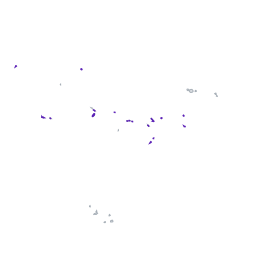 French Polynesia, with Tuamotu-Gambier highlighted, rotated 166°
{"feature_id": "PYF-4965", "entity_name": "Tuamotu-Gambier", "entity_type": "state/province", "adm_level": 1, "iso_a3": "PYF", "parent_name": "French Polynesia", "parent_adm1": "", "projection": "albers", "projection_center": [-142.294, -18.652], "detail": "medium", "context": "in_parent", "style": "filled", "palette": "violet", "viewbox_px": 256, "rotation_deg": 166, "n_neighbors": 0, "source": "natural_earth", "source_scale": "10m", "svg_char_len": 4107}
<svg xmlns="http://www.w3.org/2000/svg" viewBox="0 0 256 256"><g transform="rotate(166 128 128)"><path d="M59.6,149.4L61.2,149.9L61.6,150.8L61.2,151.4L60.4,151.3L60.0,151.0L59.3,149.9L57.7,150.2L56.6,150.0L55.9,148.6L55.9,148.0L56.1,147.6L57.3,147.1L58.8,147.4L59.4,148.2L59.6,149.4ZM179.8,51.8L181.6,52.4L182.1,52.4L181.6,53.0L179.8,53.3L179.2,53.5L178.4,53.3L178.1,52.6L179.8,51.8ZM167.3,42.2L166.1,42.4L165.5,42.4L165.1,41.4L165.3,40.8L165.5,40.6L167.5,40.9L167.6,41.3L167.6,41.7L167.3,42.2ZM35.0,140.6L34.6,140.7L34.2,140.5L34.2,139.3L34.3,139.0L35.0,139.4L35.6,140.4L35.0,140.6ZM53.8,147.9L53.5,148.2L53.0,148.0L52.8,147.7L52.7,147.4L52.8,147.0L53.8,147.0L54.1,147.1L53.8,147.9ZM173.5,42.6L172.7,42.7L172.6,42.1L172.9,41.8L173.2,41.7L173.8,41.9L174.1,42.1L174.1,42.3L173.5,42.6ZM167.2,48.3L166.9,48.6L166.4,47.8L166.3,47.5L167.2,47.2L167.7,47.4L167.2,48.3ZM103.4,131.7L103.4,131.9L103.2,131.9L102.7,131.2L102.6,130.7L102.3,130.1L101.9,129.7L101.9,129.3L101.8,128.7L102.3,129.6L102.7,130.4L103.0,131.0L103.4,131.7ZM157.5,149.9L157.5,150.1L157.1,150.1L157.0,149.6L157.3,149.0L157.5,148.6L158.0,148.2L158.9,147.8L159.3,147.6L159.5,147.7L159.3,147.8L157.9,148.6L157.4,149.2L157.2,149.7L157.2,149.8L157.5,149.9ZM184.1,61.7L183.6,61.9L183.6,60.6L184.2,60.8L184.4,61.0L184.3,61.4L184.1,61.7ZM157.2,153.9L157.3,154.2L156.9,154.0L156.5,153.4L155.7,152.6L155.6,152.3L156.1,152.6L156.5,153.1L157.2,153.9ZM34.3,138.0L34.0,138.1L33.8,137.9L33.7,137.6L33.7,137.0L34.3,137.3L34.6,137.6L34.3,138.0ZM179.3,54.6L178.4,55.5L178.4,54.5L178.7,54.4L179.0,54.4L179.3,54.6ZM209.1,159.3L208.9,159.5L208.8,159.3L208.5,159.2L208.1,158.9L207.5,158.6L207.2,158.5L207.0,158.3L207.2,158.2L207.6,158.4L208.1,158.7L208.7,159.0L209.1,159.3ZM108.3,125.8L108.3,126.4L108.0,125.9L107.3,125.0L107.0,124.7L107.4,124.7L108.3,125.8ZM158.8,156.2L159.0,156.7L158.7,156.5L157.8,156.0L157.7,155.7L158.8,156.2ZM127.1,134.9L127.8,135.5L126.9,135.1L125.9,134.9L126.3,134.8L126.8,134.8L127.1,134.9ZM125.6,135.1L125.2,135.1L124.0,134.4L124.5,134.4L125.1,134.9L125.6,135.1ZM201.4,156.6L201.4,156.8L200.3,155.6L200.8,155.7L201.4,156.6ZM183.2,186.6L182.9,186.8L183.0,186.5L182.7,185.8L182.5,185.7L183.1,186.1L183.2,186.6ZM137.9,128.5L137.7,128.6L137.9,127.7L138.2,127.6L137.9,128.5Z" fill="#d9dde1" stroke="#a8b0b8" stroke-width="1"/><path d="M159.0,149.0L158.4,149.3L157.7,149.9L157.4,150.0L157.2,149.9L157.1,149.7L157.3,149.3L157.8,148.6L159.3,147.8L159.6,147.8L159.7,148.1L159.6,148.3L159.0,149.0ZM158.6,195.9L158.8,195.8L159.1,195.9L159.4,196.5L159.1,196.7L158.8,196.6L158.6,196.3L158.6,195.9ZM92.9,129.2L93.2,129.1L93.4,129.2L93.6,129.5L93.4,129.8L92.8,129.7L92.7,129.5L92.9,129.2ZM103.4,131.9L103.2,131.7L102.9,131.1L102.6,130.7L102.3,130.1L102.1,129.5L101.9,129.3L101.8,128.7L102.0,129.1L102.3,129.6L102.5,130.5L103.0,131.0L103.3,131.7L103.4,131.9ZM71.1,126.9L70.9,126.7L70.8,126.4L70.8,126.2L71.0,126.1L71.4,126.6L71.1,126.9ZM108.6,109.6L109.2,109.0L109.7,108.7L110.0,108.4L108.6,108.8L109.1,108.5L109.6,108.5L110.0,108.3L110.0,108.5L109.2,109.1L108.6,109.6ZM157.3,154.3L157.0,153.8L156.5,153.4L156.2,152.9L155.6,152.3L156.1,152.6L156.4,153.2L157.2,153.9L157.3,154.3ZM221.4,215.1L221.7,215.1L222.0,214.8L222.3,214.7L221.8,215.4L221.4,215.2L221.4,215.1ZM73.2,116.3L72.7,115.8L72.4,115.6L71.6,115.4L72.6,115.6L73.1,115.8L73.2,116.3ZM127.8,135.5L127.0,134.9L125.9,134.9L126.8,134.8L127.1,134.9L127.8,135.5ZM201.4,156.8L200.3,155.6L201.0,156.1L201.3,156.5L201.4,156.8ZM108.3,126.4L108.0,125.9L107.4,124.9L107.0,124.7L107.4,124.7L107.5,124.9L108.1,125.8L108.3,126.4ZM122.8,133.9L122.4,133.4L122.0,133.1L121.4,132.9L122.2,133.1L122.6,133.4L122.8,133.9ZM208.9,159.6L208.8,159.3L208.7,159.1L208.1,158.9L207.3,158.3L207.2,158.3L207.2,158.5L207.0,158.3L207.6,158.4L208.1,158.8L208.7,159.1L209.0,159.3L208.9,159.6ZM137.1,147.0L137.3,146.7L136.4,145.9L137.1,146.4L137.4,146.7L137.1,147.0ZM101.8,128.3L100.7,128.4L101.6,128.2L101.8,128.3ZM106.4,111.4L106.1,111.8L105.7,111.9L106.0,110.9L105.7,111.8L106.0,111.8L106.4,111.4ZM125.6,135.1L125.0,135.0L124.1,134.4L124.5,134.5L125.2,135.0L125.6,135.1Z" fill="#8b5cf6" stroke="#5b21b6" stroke-width="1.5"/></g></svg>